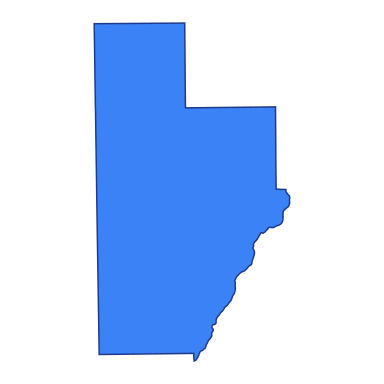 outline of Martires, Chubut, Argentina
{"feature_id": "61730980B5870054171142", "entity_name": "Martires", "entity_type": "district", "adm_level": 2, "iso_a3": "ARG", "parent_name": "Argentina", "parent_adm1": "Chubut", "projection": "natural_earth1", "projection_center": [-66.778, -43.8], "detail": "fine", "context": "isolated", "style": "filled", "palette": "blue", "viewbox_px": 384, "rotation_deg": 0, "n_neighbors": 0, "source": "geoboundaries", "source_scale": "gbopen_adm2", "svg_char_len": 3459}
<svg xmlns="http://www.w3.org/2000/svg" viewBox="0 0 384 384"><path d="M184.7,23.0L182.2,23.1L94.2,23.7L95.4,107.6L95.5,110.0L97.2,227.8L99.2,354.5L184.2,353.5L193.7,353.4L193.8,357.0L194.2,361.0L194.9,360.6L195.7,360.3L196.3,359.7L197.0,358.5L197.5,357.9L197.9,357.2L198.1,356.4L198.4,355.8L198.8,355.1L198.8,354.4L199.2,353.7L199.6,353.0L199.9,352.1L200.4,351.4L201.6,350.7L202.4,350.5L203.0,350.0L203.5,349.3L204.1,348.8L204.8,348.7L205.3,347.7L205.6,346.9L205.9,346.2L206.1,345.3L206.5,344.5L206.8,343.9L207.2,343.2L207.5,342.5L207.9,341.8L208.1,341.0L208.5,340.3L209.0,339.8L209.6,339.2L210.4,338.1L211.0,337.5L211.5,336.6L211.7,335.9L211.8,334.5L211.7,333.8L211.7,333.0L212.1,332.1L212.7,331.5L213.0,330.8L213.3,330.1L212.9,328.8L212.4,328.1L211.9,327.5L211.9,326.7L212.1,326.0L212.5,325.3L213.1,324.7L213.9,324.6L214.7,324.4L215.4,323.9L215.9,323.3L216.1,322.5L216.1,321.8L216.1,321.0L216.1,320.0L216.3,319.3L216.6,318.5L216.9,317.8L217.3,317.1L218.2,316.0L218.8,315.5L219.3,314.9L219.7,314.2L220.0,313.5L220.5,312.8L221.1,312.3L221.7,311.7L222.3,311.2L222.8,310.6L223.3,309.9L223.7,309.3L224.1,308.6L224.4,307.8L224.8,307.2L225.5,306.7L226.2,306.2L226.8,305.7L227.4,305.1L227.9,304.5L228.3,303.8L228.7,303.1L229.3,302.5L229.8,301.9L230.3,301.3L230.8,300.7L231.2,300.0L231.5,299.3L231.8,298.5L232.0,297.8L232.3,297.1L232.6,296.3L232.9,295.6L233.3,294.9L233.8,294.3L234.2,293.6L234.5,292.9L234.7,292.1L234.9,291.4L235.1,290.6L235.2,289.9L235.3,289.1L235.3,288.3L235.3,287.5L235.3,286.8L235.2,286.0L235.2,285.2L235.2,284.4L235.3,283.7L235.3,282.9L235.2,282.1L235.0,281.3L234.7,280.6L234.9,280.0L235.4,279.3L235.7,278.6L236.0,277.8L236.4,277.1L236.9,276.5L237.4,275.9L238.0,275.3L238.5,274.7L239.0,274.1L239.6,273.5L240.2,273.0L240.9,272.5L241.6,272.1L242.3,271.7L243.1,271.4L243.9,271.1L244.7,270.7L245.3,270.2L245.9,269.6L246.4,269.0L247.0,268.5L247.5,267.8L248.0,267.2L248.5,266.5L249.0,266.0L249.8,265.6L250.5,265.2L251.2,264.7L251.5,264.1L251.8,263.4L251.9,262.6L252.0,261.8L252.2,261.1L252.4,260.3L252.6,259.6L252.9,258.8L253.2,258.1L253.4,257.4L253.6,256.6L253.9,255.9L254.2,255.1L254.3,254.4L254.4,253.6L254.5,252.8L254.5,252.0L254.3,251.3L254.1,250.6L253.7,249.8L253.4,249.1L253.0,248.4L252.9,247.7L253.3,247.0L253.6,246.2L253.7,245.5L253.4,244.7L253.5,244.0L253.9,243.3L254.2,242.6L254.7,242.0L255.3,241.4L255.9,240.8L256.4,240.2L256.9,239.6L257.4,239.0L257.7,238.2L258.1,237.6L258.5,236.9L258.9,236.2L259.3,235.5L259.8,234.8L260.2,234.2L260.4,233.6L260.6,233.0L261.1,232.6L261.8,232.7L262.3,233.1L263.0,233.2L263.7,232.7L264.5,232.4L265.5,231.4L266.0,230.6L266.6,230.0L267.7,229.1L268.1,228.4L268.5,227.6L269.3,227.3L270.0,227.4L270.9,227.5L272.4,227.6L273.2,227.6L274.0,227.3L275.4,226.5L276.1,226.1L277.1,225.7L277.9,225.5L278.7,225.2L279.5,224.8L280.2,224.4L280.9,223.9L281.4,223.3L281.9,222.7L282.5,221.4L282.7,220.7L282.9,219.9L283.0,218.9L283.0,217.6L283.0,216.6L283.0,215.8L283.0,215.1L283.0,213.7L283.1,212.7L283.2,212.0L283.5,211.2L283.8,210.5L284.8,209.5L285.4,208.9L286.1,208.4L286.7,207.9L287.3,207.4L288.1,206.7L288.6,206.1L289.2,204.8L289.4,203.9L289.6,203.1L289.6,202.3L289.6,201.0L289.4,200.2L289.4,199.4L289.7,198.7L289.8,197.8L289.7,197.0L289.5,196.2L289.1,195.5L288.5,195.0L287.5,194.0L287.1,193.3L286.6,192.6L286.1,192.0L285.9,191.1L285.9,190.3L285.9,189.5L276.2,189.2L276.1,186.5L276.0,178.5L275.9,166.4L275.5,106.9L191.8,107.8L185.6,107.9L185.4,105.0L184.7,23.0Z" fill="#3b82f6" stroke="#1e3a8a" stroke-width="1.5"/></svg>